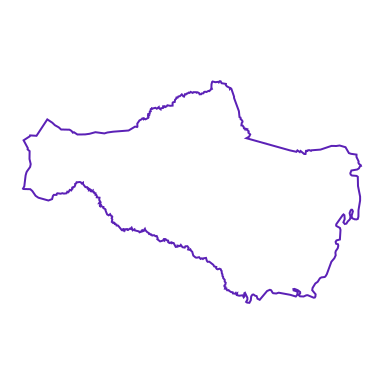 Phra Yuen, Khon Kaen, Thailand (Natural Earth projection)
{"feature_id": "78962969B90027256555500", "entity_name": "Phra Yuen", "entity_type": "district", "adm_level": 2, "iso_a3": "THA", "parent_name": "Thailand", "parent_adm1": "Khon Kaen", "projection": "natural_earth1", "projection_center": [102.644, 16.31], "detail": "fine", "context": "isolated", "style": "outline", "palette": "violet", "viewbox_px": 384, "rotation_deg": 0, "n_neighbors": 0, "source": "geoboundaries", "source_scale": "gbopen_adm2", "svg_char_len": 5980}
<svg xmlns="http://www.w3.org/2000/svg" viewBox="0 0 384 384"><path d="M23.6,140.3L27.8,148.1L27.6,149.4L29.6,151.1L29.5,159.0L30.7,164.1L30.1,167.0L26.8,171.6L26.3,172.9L25.6,175.5L24.3,186.3L23.0,188.7L23.4,189.0L30.3,189.2L32.3,191.0L35.6,195.8L38.4,197.7L48.4,200.5L52.1,199.1L52.9,196.0L53.8,194.9L56.5,194.9L56.9,193.6L57.5,193.3L60.7,193.7L62.3,193.2L63.9,193.6L66.5,193.3L67.3,191.7L68.4,192.2L69.8,189.9L71.3,190.4L71.7,189.4L72.5,188.7L72.1,188.0L72.4,187.4L74.5,186.7L75.2,185.2L75.1,184.0L75.9,183.6L76.4,182.6L76.6,182.8L77.0,182.3L79.9,182.0L80.9,182.4L81.7,183.5L83.0,182.7L83.0,184.0L85.4,187.1L87.1,187.2L87.6,188.5L88.2,188.1L88.9,188.8L88.9,189.8L89.7,189.1L90.9,189.9L90.4,190.7L90.6,191.2L91.6,191.4L92.5,190.8L92.4,191.3L93.6,191.7L93.6,192.3L94.3,192.6L94.4,193.2L95.5,193.3L95.5,194.9L96.3,194.9L97.0,196.5L96.8,197.3L99.5,197.7L99.2,199.9L100.4,201.9L99.8,202.0L99.2,203.0L99.8,202.9L100.8,204.5L99.8,205.1L99.9,205.8L100.7,205.5L100.8,206.3L101.4,206.0L102.8,207.0L103.4,207.0L103.4,208.1L105.3,209.2L105.6,209.7L105.5,210.4L107.1,214.4L108.6,215.3L110.1,214.2L110.7,215.5L111.5,215.7L112.3,216.9L111.6,218.2L112.3,219.4L111.8,221.9L113.0,222.9L113.6,222.4L114.0,222.6L114.0,223.1L114.9,223.4L114.9,224.1L116.4,224.5L116.6,225.5L118.1,225.6L121.7,230.0L122.3,229.6L122.8,230.1L122.9,229.3L123.7,229.0L124.4,229.4L124.2,230.1L124.6,230.6L125.1,229.4L125.7,229.2L127.1,229.1L127.4,229.9L128.0,230.0L129.7,228.7L130.8,229.0L130.8,228.4L131.6,227.6L132.7,230.3L134.5,229.3L134.9,230.4L138.9,231.4L139.5,232.3L141.9,231.5L141.6,230.6L142.2,230.2L142.9,231.2L144.1,230.7L144.0,230.0L144.9,228.8L145.4,230.2L147.4,232.3L148.7,232.9L149.1,234.0L149.9,233.9L150.6,234.7L151.4,234.5L152.2,235.5L154.1,235.2L155.5,236.2L156.7,236.0L157.7,238.2L157.3,239.2L160.1,241.4L162.9,240.6L163.3,240.0L164.1,240.5L164.0,239.1L165.0,239.0L165.8,239.3L166.2,240.1L168.1,240.6L168.2,242.2L169.4,243.0L170.1,242.5L171.2,243.2L171.8,242.4L172.8,243.1L173.6,243.0L175.7,246.9L177.5,246.7L177.5,245.6L179.9,246.1L180.8,244.9L182.5,247.2L184.7,247.6L185.4,246.3L187.4,246.2L188.6,247.8L188.1,249.5L189.8,249.9L190.4,249.4L191.2,250.9L192.2,251.7L193.3,255.6L195.6,257.5L196.8,257.7L199.1,257.2L200.6,258.9L201.9,258.3L202.9,259.0L203.6,258.3L206.0,257.9L206.8,260.7L207.6,261.8L209.3,261.7L213.3,264.8L214.2,266.4L216.3,267.0L216.1,268.0L216.7,268.9L217.7,269.3L219.6,268.7L220.8,269.3L221.1,270.5L221.6,270.9L221.9,273.6L222.4,274.2L222.5,276.1L223.1,276.7L223.2,278.1L224.7,279.8L224.7,281.6L225.7,282.7L225.3,284.8L224.7,285.1L224.3,285.9L224.5,286.6L225.5,287.2L225.0,288.6L226.4,288.6L226.4,289.3L227.2,290.3L228.6,290.1L229.1,290.8L231.0,292.0L232.7,292.3L232.9,293.4L235.2,293.7L235.8,293.0L236.3,294.1L237.1,293.5L236.9,295.1L239.2,295.7L242.7,295.3L243.7,297.3L244.4,296.5L244.3,293.3L245.0,292.8L247.4,297.8L247.4,299.7L246.1,301.9L247.1,302.6L249.4,302.8L250.8,300.2L251.2,296.4L252.4,294.7L253.5,294.5L255.1,295.7L256.6,296.1L257.5,298.7L259.7,299.8L267.1,291.0L269.9,289.8L271.2,290.3L272.5,292.6L273.2,293.2L276.2,293.5L278.7,292.7L290.2,294.8L295.8,296.5L297.1,295.0L297.7,292.7L296.8,291.4L293.6,290.4L293.4,289.1L294.5,288.9L297.8,290.2L300.1,292.0L300.2,293.2L298.8,295.2L300.0,296.3L303.6,296.5L306.3,295.3L307.7,295.2L313.7,297.7L314.8,297.5L315.4,296.5L315.6,294.3L312.2,290.2L312.6,287.9L315.3,283.5L317.7,281.8L319.9,278.3L321.4,277.4L324.7,277.0L325.5,276.3L326.8,274.2L331.4,261.7L334.3,258.3L335.7,255.3L335.4,252.7L335.8,251.0L337.7,248.3L338.3,245.8L338.0,244.3L336.1,243.7L335.6,241.9L336.5,240.4L339.9,239.5L340.5,229.9L339.9,227.9L336.4,226.0L336.1,225.2L336.3,224.2L342.7,215.1L343.5,214.4L344.4,215.2L344.7,219.1L343.4,222.3L344.8,224.0L346.4,223.6L347.7,221.5L349.9,219.3L350.5,216.9L349.6,213.1L350.6,210.5L351.3,209.7L352.2,209.8L352.9,211.3L351.6,215.8L352.1,218.2L354.7,219.3L356.6,219.4L357.8,218.9L358.4,216.6L358.5,210.2L360.1,200.5L360.1,196.6L358.0,186.0L357.8,176.8L356.6,175.9L351.9,175.5L350.7,174.6L350.3,173.2L351.4,170.5L357.2,169.5L358.9,168.4L360.0,166.3L361.0,165.9L360.7,165.1L359.2,164.1L358.4,162.8L358.6,161.4L356.5,157.0L356.5,154.6L351.0,153.8L348.9,153.1L345.5,147.2L339.6,145.5L336.3,146.0L331.5,145.9L320.5,149.6L311.3,150.3L311.0,150.8L309.1,150.1L307.4,150.5L307.3,151.0L306.0,150.9L305.5,154.0L304.2,154.0L300.6,151.0L299.8,152.1L297.4,150.4L296.4,151.8L290.0,150.4L246.4,138.2L249.1,136.7L250.2,134.4L248.4,132.7L248.7,131.3L247.0,129.9L247.3,129.2L245.2,128.6L245.0,129.1L244.6,128.4L243.9,128.3L243.7,127.0L242.6,125.6L241.4,125.4L241.7,123.1L242.5,121.9L242.5,121.2L241.3,119.5L240.7,119.3L240.5,117.6L239.5,117.1L238.9,111.2L234.0,97.8L234.1,96.8L231.4,88.9L230.7,88.2L230.0,88.8L230.0,88.0L226.8,86.3L225.8,85.0L225.9,83.9L221.6,83.2L220.6,81.3L219.8,81.2L218.9,82.3L218.6,81.8L215.4,82.2L212.6,81.5L212.1,82.0L211.5,84.3L211.4,87.2L211.8,88.6L211.2,88.5L210.9,89.5L209.3,91.1L208.5,90.9L206.4,92.0L205.0,91.7L204.0,92.1L203.4,93.3L201.6,93.5L201.2,94.2L199.6,94.3L199.2,93.2L197.6,92.3L196.6,92.7L196.2,92.2L193.4,92.2L192.7,92.9L190.6,91.9L189.6,92.9L188.6,92.6L187.4,93.6L186.6,93.6L185.9,94.4L185.0,94.2L184.0,96.6L183.3,96.3L181.8,94.4L179.9,96.2L178.3,96.5L177.6,97.7L176.5,97.5L176.1,98.8L175.1,99.7L174.7,102.0L173.2,102.2L172.6,102.9L172.6,105.6L170.2,105.8L167.4,105.3L166.7,106.3L165.2,107.1L164.6,106.9L164.5,106.2L163.1,106.3L163.1,107.9L160.7,108.4L160.6,109.3L159.0,108.2L158.8,107.1L156.8,108.7L155.4,107.8L152.8,108.5L152.0,108.3L152.0,108.9L150.8,109.1L150.5,110.6L150.7,111.3L149.8,111.6L149.7,113.7L148.2,114.0L148.0,115.2L148.9,115.6L148.1,116.6L148.5,117.3L148.2,117.9L145.5,119.3L144.5,118.8L143.8,119.2L143.6,118.2L142.2,118.5L141.8,119.2L139.5,120.4L137.3,123.6L137.4,126.7L137.1,127.0L135.1,126.6L128.6,130.5L113.1,131.7L107.4,132.5L104.4,133.4L95.4,132.2L89.5,133.8L85.1,134.4L77.4,134.5L73.9,132.2L72.9,132.7L71.5,130.9L69.5,129.7L61.1,129.5L58.8,127.4L54.9,125.2L52.3,122.7L47.3,119.4L36.5,135.8L30.1,135.4L29.8,136.3L23.6,140.3Z" fill="none" stroke="#5b21b6" stroke-width="2"/></svg>